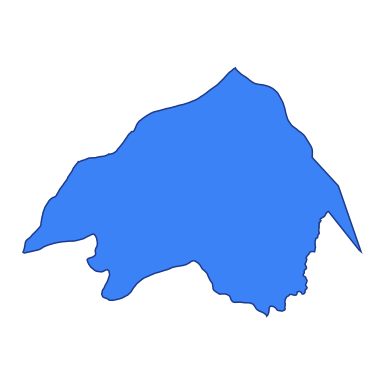 outline of Afuá, Brazil
{"feature_id": "56859067B62888902552010", "entity_name": "Afuá", "entity_type": "district", "adm_level": 2, "iso_a3": "BRA", "parent_name": "Brazil", "parent_adm1": "", "projection": "mercator", "projection_center": [-50.76, -0.237], "detail": "fine", "context": "isolated", "style": "filled", "palette": "blue", "viewbox_px": 384, "rotation_deg": 0, "n_neighbors": 0, "source": "geoboundaries", "source_scale": "gbopen_adm2", "svg_char_len": 5974}
<svg xmlns="http://www.w3.org/2000/svg" viewBox="0 0 384 384"><path d="M361.0,251.6L338.8,187.3L338.3,185.9L314.4,159.9L312.2,157.4L312.3,155.8L312.4,151.1L312.0,148.6L311.0,146.3L309.7,144.1L305.1,136.7L303.7,134.9L300.3,132.0L299.5,131.6L298.2,130.6L296.3,128.9L293.9,127.2L292.0,125.7L291.3,125.0L288.2,120.3L287.4,118.6L285.6,112.5L284.9,108.8L283.0,102.8L281.0,98.8L279.6,96.4L277.9,93.4L277.1,92.3L274.2,89.7L272.7,88.5L270.3,87.2L268.2,86.3L264.0,85.1L261.1,84.6L260.2,84.6L259.4,84.5L254.9,83.5L253.0,82.5L249.5,80.2L248.3,79.0L245.9,77.2L242.4,75.0L240.4,73.6L239.5,72.5L237.8,71.2L237.2,70.4L236.0,69.3L235.4,67.9L233.6,68.9L231.5,70.8L230.4,71.6L229.3,72.4L227.1,74.7L223.9,78.3L217.9,84.3L216.0,85.8L212.2,88.5L209.6,90.3L207.9,91.7L205.0,94.0L203.8,94.7L203.1,95.4L201.6,96.1L198.7,98.2L196.6,99.4L194.0,100.6L192.8,101.0L188.2,102.9L183.4,104.4L182.0,104.7L178.5,105.5L175.0,106.6L173.5,106.9L171.8,107.5L166.0,108.7L164.0,109.3L161.4,110.0L158.8,110.8L156.8,111.2L153.4,112.1L150.1,113.7L149.3,114.2L147.0,115.5L143.7,117.8L142.1,118.9L141.3,119.7L139.7,120.8L138.4,122.2L137.1,124.0L135.9,126.6L135.3,128.2L134.1,130.6L133.2,131.6L131.4,131.6L130.6,132.7L128.9,134.2L127.3,136.4L126.6,137.7L125.7,138.8L123.2,142.6L119.5,147.2L118.0,148.8L116.6,150.9L115.7,151.7L114.0,152.8L112.7,153.5L111.7,153.8L109.8,154.2L108.6,154.0L107.9,154.8L104.4,156.1L103.1,156.3L101.1,156.5L97.0,157.2L95.7,157.7L94.7,157.8L92.9,157.8L89.5,158.0L88.7,158.1L87.2,158.7L85.3,159.6L83.4,160.2L82.2,160.5L80.3,161.3L79.4,161.7L78.2,161.7L77.3,163.2L76.4,164.1L73.4,168.1L71.9,171.3L67.7,177.5L67.5,178.4L67.1,179.2L65.6,181.3L63.9,183.6L62.9,185.2L61.9,186.4L59.5,189.7L57.7,193.2L56.8,194.4L56.2,195.8L55.1,196.8L53.0,197.5L51.0,198.8L50.0,199.7L49.5,200.3L48.6,201.3L48.2,202.2L46.9,204.1L45.1,207.0L44.8,207.7L43.7,210.8L42.9,213.0L42.8,214.1L41.7,218.7L41.5,220.4L41.0,222.9L41.0,223.9L40.9,225.0L40.4,226.2L39.4,227.4L36.7,230.5L32.4,234.7L30.4,237.2L27.1,239.7L26.3,240.6L25.7,241.6L25.3,242.8L24.9,245.5L24.5,247.4L24.1,249.3L23.8,250.2L23.0,252.2L24.2,253.0L31.6,251.4L33.7,250.9L36.0,250.4L36.9,250.2L38.5,249.8L40.8,248.8L43.3,247.1L44.8,246.4L48.0,245.1L49.6,244.6L50.7,244.3L53.7,243.4L55.9,242.9L58.8,242.3L61.4,241.9L64.0,241.6L66.0,241.5L68.3,241.2L70.7,241.1L71.7,241.1L72.9,241.1L74.8,240.9L78.2,240.1L80.0,239.6L83.4,238.7L86.1,237.2L89.4,235.6L91.2,234.7L92.7,234.2L93.8,234.1L95.5,235.8L96.7,238.7L97.4,242.9L97.2,244.5L97.1,246.0L96.6,246.8L95.9,248.1L95.5,249.2L95.2,250.9L95.6,253.1L95.5,254.7L95.0,255.5L92.3,257.2L91.1,257.5L88.9,258.2L88.1,258.6L87.3,259.4L87.2,260.4L87.9,262.3L88.7,264.1L90.7,267.0L92.0,268.1L92.6,268.6L94.9,270.5L96.4,271.2L98.7,271.6L101.6,271.9L103.4,271.3L104.3,270.8L107.0,269.5L108.9,270.8L109.3,272.9L109.6,275.0L108.5,278.3L108.0,279.8L106.6,283.1L105.5,284.7L104.1,287.9L103.2,289.2L102.7,289.9L102.3,290.9L101.8,293.6L101.8,294.4L102.0,295.1L102.7,296.5L103.2,297.1L104.4,297.7L106.7,298.5L107.8,299.0L109.2,300.2L113.1,300.3L114.7,299.9L116.3,299.6L119.3,298.9L121.9,298.1L122.5,297.6L123.9,297.1L126.3,295.7L127.6,295.1L130.5,292.4L131.2,291.5L133.2,288.3L136.9,283.6L139.3,281.6L140.1,280.8L140.9,280.4L141.4,279.7L142.3,279.2L144.0,278.0L148.9,275.9L150.4,275.1L151.3,274.8L155.4,273.1L156.3,272.9L157.2,272.6L158.7,272.3L159.6,271.9L160.8,271.6L161.7,271.2L162.8,271.0L163.7,270.6L167.1,269.7L168.1,269.3L169.0,269.0L169.7,268.6L170.6,268.3L171.6,267.7L173.4,267.1L174.4,267.0L175.2,266.7L179.6,266.0L181.4,265.7L183.3,265.4L185.0,264.8L186.2,264.6L188.2,263.4L189.3,262.9L190.5,261.9L191.7,261.2L193.2,260.8L194.2,260.8L194.9,261.0L196.9,262.3L198.0,262.9L200.4,265.5L201.0,266.7L202.3,268.9L205.3,271.5L207.1,273.5L208.2,276.3L209.6,279.3L210.6,281.0L212.1,283.0L212.4,283.9L212.8,285.8L213.0,288.2L213.3,289.3L213.8,290.2L216.0,291.9L217.0,292.5L219.1,293.9L220.2,294.2L221.9,293.9L223.7,293.9L224.9,293.9L227.1,294.5L229.1,295.6L229.7,296.3L230.2,297.2L231.0,299.6L231.8,300.7L232.2,301.3L233.0,301.9L234.0,302.3L236.0,302.3L239.3,302.2L241.3,302.3L245.3,302.8L248.3,302.8L250.2,303.0L251.3,303.4L252.9,304.1L253.9,305.2L254.8,306.4L255.3,307.2L256.1,308.6L257.5,310.0L259.0,310.9L261.4,311.9L263.2,312.6L265.6,314.4L266.5,315.3L266.7,316.1L267.8,315.0L268.5,313.1L268.8,312.1L269.0,310.5L269.1,308.9L269.3,307.8L269.7,307.0L270.6,306.1L272.1,306.3L273.0,306.5L273.9,306.8L275.9,308.2L276.6,309.4L277.2,310.0L278.2,310.5L279.0,310.6L282.1,311.1L283.5,310.5L284.5,310.2L285.2,309.0L284.8,307.4L285.0,306.4L285.1,305.5L285.2,304.0L285.2,303.1L284.8,302.0L284.9,300.9L285.4,299.7L285.5,298.9L285.9,298.2L286.4,297.3L287.0,296.6L288.3,296.0L289.0,295.3L289.9,294.4L291.4,294.4L293.7,295.1L295.6,295.2L296.3,294.9L296.8,294.1L297.0,293.2L297.2,292.1L298.2,291.6L299.0,291.5L300.1,291.7L301.1,292.2L301.9,293.7L302.8,294.1L303.8,293.8L304.8,292.9L305.4,289.8L306.4,288.9L307.1,287.8L306.6,286.8L305.7,285.6L305.7,284.2L306.3,283.1L306.7,282.0L307.0,281.2L307.0,280.4L306.5,279.3L305.9,278.7L305.9,277.9L305.5,277.0L304.6,276.6L303.9,276.1L303.3,275.5L303.3,274.7L303.5,273.7L304.3,273.0L304.2,272.1L304.2,271.1L304.5,270.2L305.3,269.5L306.2,268.8L306.5,267.8L306.3,267.1L306.1,266.3L305.7,265.7L305.3,265.0L305.1,264.1L305.3,263.3L305.9,262.3L306.2,261.5L306.5,260.4L306.8,259.1L306.1,258.2L306.2,257.5L307.2,255.9L308.3,254.6L309.1,253.7L309.9,252.2L311.0,251.6L312.8,251.5L314.6,251.8L314.9,250.5L315.1,249.1L315.2,248.2L315.5,247.5L315.3,246.6L315.2,245.7L315.3,245.0L315.0,244.2L315.1,243.2L315.1,242.0L315.2,240.6L315.6,239.8L315.8,238.5L316.7,237.9L317.5,237.8L317.8,236.4L317.9,235.2L318.4,234.4L319.1,233.8L319.2,232.5L318.9,231.5L318.8,230.6L318.8,229.8L318.9,228.9L318.9,227.8L319.3,227.1L318.8,226.2L319.1,225.5L319.1,224.7L319.4,223.8L318.9,222.7L320.4,221.8L320.9,220.5L320.1,219.9L320.4,218.8L321.4,218.3L322.3,217.6L323.2,217.1L324.2,216.6L324.8,215.8L325.5,214.6L325.9,213.7L326.4,213.1L326.9,212.5L327.5,211.9L328.5,211.5L359.1,250.0L361.0,251.6Z" fill="#3b82f6" stroke="#1e3a8a" stroke-width="1.5"/></svg>